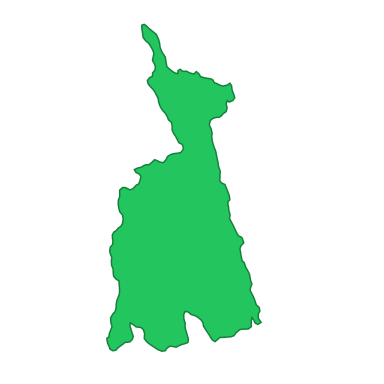 Congonhas do Norte, Minas Gerais, Brazil, rotated 184°
{"feature_id": "56859067B59988172077466", "entity_name": "Congonhas do Norte", "entity_type": "district", "adm_level": 2, "iso_a3": "BRA", "parent_name": "Brazil", "parent_adm1": "Minas Gerais", "projection": "robinson", "projection_center": [-43.683, -18.902], "detail": "fine", "context": "isolated", "style": "filled", "palette": "green", "viewbox_px": 384, "rotation_deg": 184, "n_neighbors": 0, "source": "geoboundaries", "source_scale": "gbopen_adm2", "svg_char_len": 3840}
<svg xmlns="http://www.w3.org/2000/svg" viewBox="0 0 384 384"><g transform="rotate(184 192 192)"><path d="M114.0,66.8L117.0,70.7L117.4,74.9L116.0,78.0L116.9,81.5L120.0,83.9L121.8,88.3L123.5,91.9L125.5,95.1L127.3,98.4L126.8,101.2L125.8,104.3L127.3,107.7L128.3,111.3L128.9,114.0L130.9,117.4L133.2,120.7L135.0,125.2L137.1,126.9L138.3,130.6L139.0,133.2L139.4,135.7L140.3,138.5L139.4,141.8L136.8,144.9L137.9,147.7L139.3,150.3L142.6,151.5L144.9,154.9L146.8,158.3L148.3,161.0L150.3,164.3L152.7,168.0L152.4,171.9L154.0,176.3L154.5,179.6L155.3,182.3L155.4,184.9L153.7,186.9L154.5,190.8L156.0,194.2L157.7,197.7L159.7,201.8L163.2,203.1L165.1,205.3L165.1,208.7L165.3,211.6L165.3,214.6L166.4,217.3L167.5,219.8L168.0,222.9L169.2,226.9L170.2,230.6L171.2,234.3L173.0,238.1L174.5,241.8L175.4,244.7L176.2,248.2L176.0,251.9L177.3,256.2L179.4,260.0L178.8,264.5L176.4,266.8L173.2,268.1L170.3,268.4L168.1,269.9L166.4,272.3L163.5,274.6L162.8,278.5L164.1,282.2L163.3,285.5L161.1,284.3L157.6,286.1L155.9,289.0L157.0,291.9L159.1,296.5L160.0,300.9L161.8,303.2L164.1,301.2L168.5,299.8L171.9,300.6L174.8,301.9L177.4,302.6L178.7,305.0L180.8,306.1L183.5,306.4L187.2,306.7L191.5,307.7L193.5,310.6L196.2,312.4L198.2,309.9L202.6,310.6L205.8,312.1L209.6,311.7L212.3,313.6L214.3,312.3L214.5,309.1L216.9,309.4L219.6,310.7L222.3,312.5L225.8,315.2L227.0,319.9L228.1,324.9L230.9,328.4L232.3,330.6L233.9,334.0L234.8,338.5L236.0,342.0L237.4,344.6L238.7,346.8L241.7,348.9L244.5,350.9L247.0,352.6L249.2,354.7L251.4,355.9L253.7,354.9L253.3,350.8L252.3,346.6L251.5,342.7L248.7,339.5L245.6,337.4L243.4,334.4L241.1,330.9L239.7,327.7L240.1,324.3L240.6,320.5L238.4,317.1L237.2,314.0L237.4,311.0L239.6,308.1L239.6,304.5L242.2,303.2L244.3,300.1L243.4,297.0L240.9,294.2L238.5,292.1L236.3,289.6L234.6,286.8L232.4,283.1L231.4,278.9L230.1,275.9L228.5,273.3L226.8,271.2L223.8,268.3L221.7,265.1L220.5,262.3L217.4,260.0L216.4,256.4L216.2,252.7L214.5,249.2L212.6,246.9L210.8,244.1L208.5,240.2L205.4,239.0L204.0,236.9L203.8,234.0L205.6,230.9L207.9,229.9L210.5,229.5L213.3,228.9L216.2,227.7L218.8,225.8L220.2,222.4L222.7,219.2L226.4,219.7L229.0,220.9L231.6,221.6L234.4,218.5L237.0,216.1L239.6,216.0L241.8,215.1L244.3,213.2L247.9,212.1L251.1,210.3L249.2,207.5L246.2,206.4L244.0,204.2L244.7,199.7L245.8,196.2L248.1,195.0L249.7,192.8L251.7,190.8L254.0,189.8L256.4,190.8L258.8,191.8L261.6,191.6L264.3,188.8L264.0,185.1L263.8,182.3L264.9,178.8L264.7,174.2L263.8,170.4L262.6,167.1L259.7,164.1L258.7,159.7L259.2,155.5L260.6,152.8L263.1,150.8L264.9,148.2L267.2,146.5L268.5,143.5L268.1,140.1L267.4,137.4L267.6,133.9L269.6,131.4L270.0,127.5L269.3,124.9L267.5,121.2L267.6,117.2L267.1,113.3L265.3,109.6L264.9,105.6L264.3,102.5L262.1,100.1L258.7,98.2L258.2,94.8L257.8,92.2L257.4,89.0L257.3,85.2L258.4,81.6L259.3,78.7L259.8,75.2L259.6,71.0L260.4,67.3L262.5,64.7L264.4,60.8L263.8,56.1L262.4,52.1L263.4,48.8L264.6,45.1L264.8,41.7L266.7,40.2L266.3,37.6L265.5,34.9L263.9,32.2L262.9,29.6L259.9,28.1L257.0,28.8L254.6,31.7L252.3,33.8L250.2,35.4L248.5,37.2L245.4,37.7L243.2,38.4L241.1,41.2L240.6,44.0L242.0,47.3L243.4,51.3L244.7,54.2L244.4,57.1L240.7,55.2L238.4,53.6L235.9,53.4L233.2,53.2L230.8,51.1L229.4,47.4L229.4,42.5L227.0,39.7L224.9,38.1L222.6,36.6L220.3,35.3L217.9,34.0L214.8,32.3L211.1,31.1L207.7,31.7L205.8,34.8L203.0,36.8L199.9,36.5L197.0,36.1L193.9,38.0L190.9,39.4L188.5,40.2L185.6,41.6L185.3,44.9L186.3,47.6L187.5,51.0L188.9,54.5L189.6,57.3L189.6,60.5L191.3,64.9L191.7,69.3L190.6,72.3L187.5,72.1L184.3,69.7L181.6,69.1L179.2,68.4L176.6,66.9L174.0,65.0L171.8,62.2L171.3,59.2L169.0,55.9L166.7,53.0L164.7,50.4L163.0,47.8L161.4,45.8L158.5,44.4L156.0,46.8L154.1,48.8L150.1,49.2L146.6,49.8L143.3,50.2L140.1,51.6L138.3,54.5L136.5,56.4L134.2,58.3L130.1,58.9L126.2,59.3L123.4,61.9L123.7,65.0L123.9,68.0L123.4,70.8L121.5,68.6L119.7,65.5L117.0,64.5L114.0,66.8Z" fill="#22c55e" stroke="#15803d" stroke-width="1.5"/></g></svg>